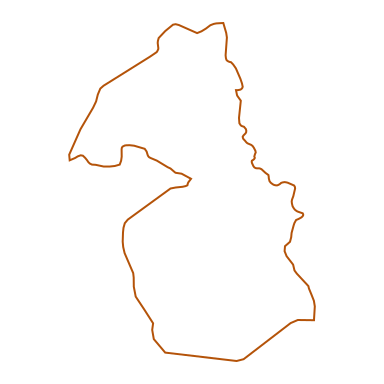 an SVG outline of Marahoué
{"feature_id": "CIV-3444", "entity_name": "Marahoué", "entity_type": "Department", "adm_level": 1, "iso_a3": "CIV", "parent_name": "Ivory Coast", "parent_adm1": "", "projection": "robinson", "projection_center": [-5.831, 7.116], "detail": "fine", "context": "isolated", "style": "outline", "palette": "amber", "viewbox_px": 384, "rotation_deg": 0, "n_neighbors": 0, "source": "natural_earth", "source_scale": "10m", "svg_char_len": 2552}
<svg xmlns="http://www.w3.org/2000/svg" viewBox="0 0 384 384"><path d="M314.0,320.2L313.6,320.2L297.8,320.0L290.6,323.1L243.6,359.2L236.6,361.0L165.2,352.6L153.8,339.1L152.2,329.9L153.1,323.3L144.9,310.5L135.7,296.6L133.8,286.7L133.7,277.6L133.2,273.1L124.6,253.1L123.2,247.0L122.7,241.7L123.0,232.4L123.5,227.8L124.8,223.2L127.8,219.6L170.5,188.5L175.7,187.5L182.5,186.8L185.6,186.1L187.4,185.3L187.9,183.2L188.5,182.1L191.0,178.8L181.6,173.7L175.7,172.8L175.0,172.4L170.5,168.5L167.7,167.2L156.8,160.6L150.6,158.0L149.1,157.2L148.3,156.3L147.7,155.1L146.6,151.5L144.7,148.8L134.1,145.7L129.5,145.2L126.3,145.3L124.8,145.5L122.6,146.6L121.9,147.6L121.6,149.1L121.7,156.7L121.1,160.8L119.7,164.6L114.8,166.0L110.0,166.5L103.5,166.5L95.6,164.8L92.0,164.6L89.9,163.6L88.4,162.2L86.9,160.0L85.1,157.8L82.9,155.7L80.7,155.3L77.7,156.4L75.1,158.0L69.7,160.3L69.2,154.7L80.5,129.2L93.1,107.7L96.1,101.4L97.8,94.6L100.3,88.6L103.6,85.7L149.8,56.8L156.7,52.1L157.5,50.8L158.3,49.0L158.3,47.9L157.7,43.0L157.9,40.9L158.7,38.0L165.3,31.0L173.0,24.7L175.6,24.2L178.8,25.0L197.1,33.1L201.5,31.3L205.9,28.6L210.4,25.2L213.8,23.9L216.3,23.4L223.3,23.0L226.2,32.9L226.9,37.5L225.6,55.3L225.9,58.0L226.4,59.8L227.2,60.7L228.3,61.4L229.5,61.9L231.0,62.2L233.2,64.5L235.9,68.4L240.4,78.8L242.0,83.5L242.7,86.8L242.2,88.1L241.5,88.9L240.5,89.6L238.1,90.1L236.0,90.1L237.0,95.1L237.5,96.1L240.8,100.7L239.0,117.9L239.4,123.3L240.8,125.4L241.7,126.0L244.0,126.8L245.9,129.1L246.3,130.8L246.1,132.4L245.4,133.5L243.5,135.4L242.7,136.7L242.9,137.9L243.4,139.0L245.1,140.8L245.9,141.8L246.7,142.7L247.7,143.4L251.2,144.9L252.6,146.0L253.8,147.7L255.4,150.8L255.7,152.5L255.0,154.1L254.3,156.5L254.8,157.9L254.2,159.0L253.3,159.8L251.9,160.7L251.7,161.8L252.0,163.1L253.5,166.3L254.4,167.4L255.6,168.1L256.8,168.3L258.1,168.3L259.7,168.4L261.5,169.2L265.5,172.9L268.4,175.0L268.7,176.6L268.8,178.3L269.5,181.1L270.7,182.7L272.8,184.3L274.2,185.0L275.7,185.3L277.0,185.4L278.2,185.0L279.3,184.4L280.3,183.7L281.0,183.0L282.3,182.5L284.5,182.1L286.0,182.3L287.7,182.7L294.1,185.5L294.9,186.9L295.1,188.5L293.3,196.2L292.0,199.7L291.7,201.4L291.9,203.4L292.6,206.3L293.8,208.3L294.8,209.6L295.9,210.5L296.9,211.2L298.0,211.7L302.7,213.3L303.2,214.4L303.1,215.5L302.4,216.5L301.4,217.4L298.5,219.0L296.1,220.0L294.4,223.1L293.7,225.2L291.6,232.9L291.2,237.2L290.0,241.8L285.0,246.2L284.6,251.2L286.6,256.2L293.1,264.6L294.5,270.5L296.8,273.6L308.4,286.1L308.9,288.4L311.5,294.7L313.9,300.8L314.8,306.4L314.0,319.9L314.0,320.2Z" fill="none" stroke="#b45309" stroke-width="2"/></svg>